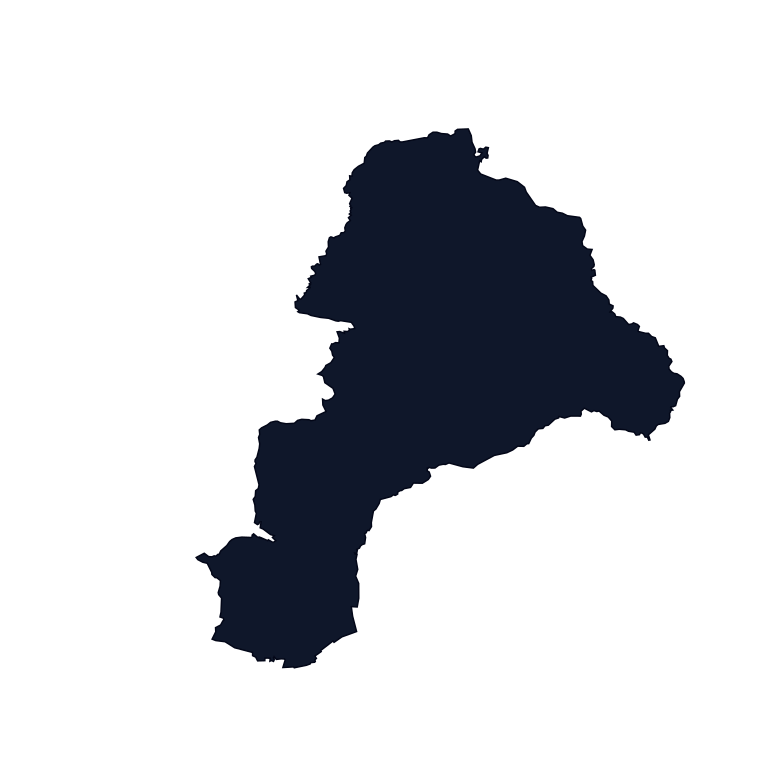 Bosorod, Hunedoara, Romania, rotated 243°
{"feature_id": "2599482B85285073606156", "entity_name": "Bosorod", "entity_type": "district", "adm_level": 2, "iso_a3": "ROU", "parent_name": "Romania", "parent_adm1": "Hunedoara", "projection": "orthographic", "projection_center": [23.13, 45.647], "detail": "fine", "context": "isolated", "style": "filled", "palette": "ink", "viewbox_px": 768, "rotation_deg": 243, "n_neighbors": 0, "source": "geoboundaries", "source_scale": "gbopen_adm2", "svg_char_len": 6171}
<svg xmlns="http://www.w3.org/2000/svg" viewBox="0 0 768 768"><g transform="rotate(243 384 384)"><path d="M238.8,641.8L243.0,643.7L248.5,652.1L250.0,652.6L253.2,653.0L256.0,652.1L260.1,649.7L261.9,647.1L264.4,645.6L268.0,644.8L270.6,645.8L273.3,650.7L275.9,650.9L277.5,649.7L280.9,649.4L285.0,651.7L288.8,650.3L291.1,650.7L292.8,645.9L302.0,646.7L304.8,644.0L309.1,642.7L310.5,640.0L315.4,634.4L316.6,634.8L319.4,637.7L321.9,636.9L325.2,634.1L325.0,632.0L325.9,629.0L333.7,627.0L336.3,625.0L338.8,621.1L341.6,621.4L344.7,620.1L345.6,618.2L347.7,622.4L349.6,623.6L353.0,621.0L356.8,622.5L361.7,621.9L366.5,618.5L377.0,614.9L380.6,616.4L382.4,615.4L383.7,616.9L385.2,617.1L384.9,621.7L389.7,623.5L390.6,623.0L390.8,620.8L392.6,621.1L393.5,624.4L394.9,625.5L399.7,626.7L405.2,625.9L409.4,630.5L411.9,626.4L417.1,623.8L421.1,625.1L424.8,629.7L429.6,633.5L434.5,632.8L442.1,634.4L443.7,633.9L450.7,623.8L455.2,620.5L458.4,616.3L463.5,614.2L468.4,608.3L470.8,602.9L474.3,600.1L490.5,597.9L495.5,598.5L503.8,594.6L512.1,585.9L513.4,579.3L514.7,576.6L527.2,565.5L532.1,564.5L539.4,570.5L537.9,571.5L539.8,572.9L540.9,576.5L538.9,577.5L538.3,579.0L540.4,580.5L542.8,580.6L547.2,584.3L548.8,582.2L548.1,579.2L550.2,576.8L550.3,575.4L548.2,573.2L545.4,576.3L543.7,573.0L544.4,569.1L545.4,568.4L547.7,568.2L549.0,570.9L552.3,571.9L559.5,572.2L565.7,574.5L573.0,574.9L577.5,565.1L577.1,562.2L574.8,561.0L574.7,555.9L577.8,554.2L581.1,548.8L584.2,545.6L586.1,542.0L585.6,537.3L583.8,534.9L583.9,533.8L585.1,531.7L591.4,510.0L592.5,508.1L594.5,507.5L596.0,503.8L596.1,500.9L598.1,499.2L599.7,495.7L599.1,494.0L600.1,490.4L599.6,487.9L600.4,484.1L600.1,481.7L597.3,474.1L594.9,471.6L594.5,469.7L589.7,466.6L589.6,460.1L588.5,454.7L586.6,451.6L583.7,449.8L585.1,447.9L581.4,446.3L581.0,442.9L577.9,440.4L576.7,436.8L572.3,435.9L570.9,437.4L569.9,440.4L568.0,438.4L564.1,439.9L560.2,435.2L558.0,435.3L557.7,434.3L555.7,435.2L555.7,434.1L554.3,433.7L553.6,432.4L551.6,432.2L551.2,430.3L549.3,431.4L548.3,427.8L544.9,428.2L544.4,424.6L543.3,422.5L541.0,420.0L537.8,418.9L537.1,417.0L538.2,414.5L536.5,412.1L537.2,407.2L536.7,405.9L539.2,403.5L539.1,401.8L536.1,398.9L531.2,396.7L528.7,392.6L525.9,392.0L524.7,390.5L526.8,383.8L519.3,381.7L519.5,380.2L521.2,379.6L521.4,378.4L520.5,375.6L521.5,373.7L521.4,372.5L519.8,372.0L515.6,373.5L513.5,373.3L512.4,371.7L513.3,367.7L512.0,367.6L512.2,364.3L507.3,364.7L507.1,362.8L505.9,363.5L504.8,359.9L504.0,361.9L503.4,361.9L502.4,357.5L500.8,356.2L501.2,354.3L499.3,353.6L497.3,348.3L498.2,347.4L503.1,346.4L497.4,345.1L497.5,342.0L492.3,339.8L488.8,341.7L488.0,341.7L487.6,340.0L486.0,341.0L481.3,347.7L478.2,350.1L472.1,357.7L467.7,364.5L462.1,369.8L460.7,371.8L460.1,374.2L453.8,382.9L449.3,383.6L446.6,383.1L448.2,378.7L449.1,378.0L447.5,377.5L447.3,375.3L449.1,372.4L447.1,371.8L450.8,368.4L451.8,365.9L445.2,365.1L441.1,362.5L442.9,359.6L442.9,356.6L443.5,355.6L440.5,352.0L436.9,352.4L433.1,351.3L430.2,351.8L427.1,346.3L426.9,340.6L425.5,339.0L423.3,334.1L422.9,329.6L419.6,332.9L418.1,333.4L412.0,331.9L403.3,336.6L397.2,335.9L395.0,331.8L394.8,327.2L395.9,324.1L398.4,322.4L393.0,320.0L385.8,319.9L386.1,309.9L383.2,306.1L384.5,302.2L386.2,301.0L389.9,294.6L390.8,290.5L389.7,286.3L393.0,278.8L396.5,274.1L399.2,272.2L400.2,270.2L401.3,265.5L400.5,261.5L400.5,255.0L399.7,252.0L395.5,250.4L393.3,247.9L387.1,246.1L383.2,243.5L376.4,237.5L374.9,234.7L373.3,233.8L371.4,234.0L369.3,231.1L350.9,226.9L347.9,224.5L347.2,221.2L342.2,218.2L340.6,215.1L334.8,214.0L329.2,211.6L326.8,211.6L319.3,205.7L316.2,207.4L316.2,209.1L317.7,210.6L317.0,211.9L312.1,208.4L309.6,210.5L301.4,214.5L298.7,217.4L297.9,214.9L293.4,216.5L293.2,213.2L297.7,210.2L297.2,209.3L303.1,204.5L303.4,204.2L302.4,204.4L304.9,201.8L309.7,199.8L309.2,197.9L308.4,198.3L307.5,196.1L312.1,187.8L314.2,182.0L314.4,178.0L313.7,175.0L311.4,170.6L309.4,162.8L307.0,159.7L307.6,158.8L307.1,156.6L307.2,155.3L308.0,154.7L308.1,152.3L309.8,149.4L314.8,147.0L314.7,137.9L312.0,138.4L307.5,141.6L304.5,145.1L294.5,145.0L292.4,144.2L288.2,145.6L287.3,147.1L283.1,149.0L278.3,146.2L273.4,141.6L271.4,141.1L267.0,142.1L254.7,135.2L250.9,132.1L248.3,134.6L246.1,133.9L246.1,132.9L243.4,129.0L243.4,123.3L239.6,121.6L234.7,115.0L231.8,117.6L226.5,125.4L216.8,131.2L204.5,145.0L201.6,143.6L198.9,145.7L194.7,145.7L191.6,152.2L193.8,153.4L192.8,155.6L191.3,158.1L188.8,156.5L188.7,158.2L187.0,159.6L188.2,161.1L190.3,161.2L191.1,162.3L187.5,163.0L185.7,167.9L184.1,170.5L182.9,170.6L177.3,165.2L173.0,175.0L171.9,175.2L168.6,187.2L168.1,191.2L169.0,192.2L167.6,195.8L167.9,196.8L169.6,197.2L170.2,199.2L173.0,198.9L174.1,206.6L175.3,206.6L178.2,221.9L176.5,222.2L177.8,231.7L175.9,247.2L191.3,250.6L200.5,253.8L197.5,258.9L204.5,264.2L217.8,270.9L225.7,271.5L230.7,276.4L240.5,279.4L244.4,282.6L245.6,281.0L246.7,281.1L245.4,282.7L248.2,284.9L249.0,284.7L248.9,287.6L250.4,289.6L250.8,291.8L250.4,294.2L255.6,297.9L259.5,298.8L259.5,300.5L260.9,302.2L261.0,303.2L260.2,304.1L262.6,308.1L266.3,309.8L275.6,316.9L276.3,320.0L279.7,325.4L282.8,328.3L280.5,339.0L281.0,342.2L279.7,343.3L279.6,344.6L279.8,346.3L281.3,346.9L281.7,349.5L281.1,351.5L281.6,354.5L279.8,360.7L282.4,365.2L278.2,373.1L278.8,380.1L280.7,383.6L285.1,384.3L286.9,383.1L289.4,384.5L288.9,385.4L289.3,386.3L287.6,388.0L286.0,391.3L286.8,396.0L285.6,400.3L284.4,402.3L284.2,406.0L274.5,416.7L268.5,425.5L269.9,431.0L270.3,449.9L267.0,462.2L266.8,468.8L267.9,474.9L265.0,480.3L265.9,484.1L265.2,485.9L268.9,490.7L270.2,494.2L272.6,496.8L274.0,501.2L272.3,505.4L273.7,508.5L272.7,511.7L275.1,520.3L274.5,524.2L275.6,525.2L271.7,529.5L270.7,535.8L266.2,544.5L267.6,546.1L270.3,547.1L271.5,551.5L265.0,556.2L265.0,559.0L262.9,561.1L262.2,563.4L256.3,565.8L252.8,568.8L247.6,570.1L242.8,567.5L238.4,568.9L236.9,573.0L233.5,578.5L230.9,580.4L227.5,585.0L224.0,585.4L222.9,588.6L224.1,590.3L223.2,591.5L221.6,592.5L218.1,592.6L217.1,594.5L213.7,594.4L213.4,595.6L218.7,596.5L220.8,604.8L223.0,607.6L223.5,609.9L221.4,616.5L221.6,620.4L224.3,623.4L228.3,625.2L229.3,626.9L230.4,627.3L229.7,629.5L233.0,628.8L233.4,629.7L232.5,631.1L232.3,634.0L237.2,638.5L238.8,641.8Z" fill="#0f172a" stroke="#020617" stroke-width="1.5"/></g></svg>